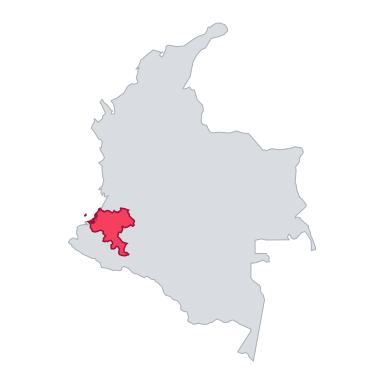 Cauca on a map of Colombia (Albers equal-area conic projection)
{"feature_id": "COL-1404", "entity_name": "Cauca", "entity_type": "Department", "adm_level": 1, "iso_a3": "COL", "parent_name": "Colombia", "parent_adm1": "", "projection": "albers", "projection_center": [-77.137, 2.145], "detail": "fine", "context": "in_parent", "style": "filled", "palette": "rose", "viewbox_px": 384, "rotation_deg": 0, "n_neighbors": 0, "source": "natural_earth", "source_scale": "10m", "svg_char_len": 9073}
<svg xmlns="http://www.w3.org/2000/svg" viewBox="0 0 384 384"><path d="M224.1,34.5L219.7,36.3L211.2,38.5L205.4,48.0L201.4,49.6L196.5,55.3L192.9,62.2L190.2,76.4L183.0,88.5L183.6,89.0L186.5,88.5L189.2,87.1L190.2,87.5L191.2,89.6L194.5,90.2L197.2,99.9L202.3,104.9L202.8,106.8L203.5,110.8L201.7,113.3L201.2,122.3L202.8,124.5L206.6,125.4L209.1,130.9L210.7,132.2L213.0,133.0L218.5,132.2L228.5,133.0L230.8,132.9L236.4,130.9L243.5,133.2L248.7,133.6L263.0,150.4L264.4,149.9L266.3,150.8L269.9,149.1L272.9,148.8L277.0,149.6L282.4,149.6L293.2,147.7L294.8,146.8L300.7,147.7L302.4,148.9L303.3,152.1L302.6,154.0L300.6,156.0L299.5,158.5L299.3,161.6L298.2,163.9L296.4,165.3L295.6,167.5L296.1,170.3L295.1,183.0L296.0,184.1L296.7,189.3L299.2,196.1L300.4,198.0L302.5,199.6L306.4,205.1L305.5,207.0L295.8,215.9L295.4,217.9L297.2,217.1L300.2,217.9L301.3,220.0L308.6,226.0L308.5,228.3L310.6,232.9L310.3,233.9L315.4,246.9L315.6,249.7L311.4,250.5L311.2,241.7L310.6,240.0L305.8,232.2L304.8,231.6L301.6,232.5L296.4,238.3L294.0,239.2L292.0,238.4L290.0,235.0L288.7,234.4L287.4,237.3L289.1,239.8L265.8,240.0L261.3,238.9L255.1,240.3L255.1,253.5L266.1,253.6L269.1,257.4L268.9,260.5L269.4,261.6L266.7,262.2L262.9,260.1L256.0,262.7L251.0,263.3L250.8,277.9L253.8,281.5L259.7,285.4L260.6,288.0L260.2,290.5L261.6,293.6L263.6,295.3L263.6,297.2L264.6,299.3L253.4,361.0L249.3,357.2L247.8,353.9L245.7,352.5L241.9,353.6L237.7,351.9L251.0,330.9L250.6,329.0L239.3,324.0L238.1,322.7L232.7,320.0L229.8,320.8L228.1,322.2L224.0,322.6L220.6,320.4L216.7,319.0L212.0,322.5L210.6,322.5L207.2,324.1L203.6,324.6L198.9,323.1L195.1,324.2L192.5,324.0L191.5,322.9L188.1,321.6L187.7,320.2L188.7,317.6L187.2,312.6L186.6,311.7L184.1,311.6L181.1,309.8L180.5,308.7L181.1,306.6L180.6,304.9L177.6,300.8L173.6,299.7L169.7,296.3L165.7,295.2L163.9,292.7L162.2,287.3L158.2,283.0L155.3,281.5L154.4,279.5L151.5,279.3L147.5,276.5L145.8,276.3L144.5,277.7L140.9,276.3L137.8,274.2L134.5,273.7L132.4,272.4L128.6,268.5L124.4,266.6L122.1,267.3L121.3,270.2L119.9,270.7L115.1,270.0L114.3,270.6L113.1,270.5L107.3,268.3L101.5,267.5L100.1,262.6L96.4,260.8L95.3,258.5L92.7,258.7L82.9,254.2L78.8,251.1L75.4,249.4L71.8,245.9L71.2,244.5L68.4,242.4L69.8,239.8L73.1,237.9L77.5,239.4L78.1,236.4L76.5,233.7L77.2,227.5L78.4,226.2L80.8,225.0L82.3,225.4L83.2,224.4L86.8,224.9L87.9,224.4L90.6,222.0L91.8,220.0L93.1,220.2L96.0,216.9L95.5,213.6L98.2,212.9L101.1,207.5L102.3,207.4L103.0,204.8L108.0,195.9L106.2,196.9L104.2,196.3L104.5,193.3L103.9,192.9L102.3,195.2L100.9,192.9L101.3,189.1L99.0,189.8L99.1,188.9L102.4,186.0L103.8,179.4L102.7,177.0L102.0,167.2L101.4,165.3L98.7,162.8L103.0,160.0L104.5,157.9L102.6,153.5L100.1,149.8L100.0,147.6L101.5,147.8L102.1,141.7L100.7,139.4L98.9,139.3L93.3,130.3L91.3,128.4L92.8,124.1L94.5,122.2L94.2,118.9L95.3,119.1L97.7,122.1L98.7,121.6L102.5,118.8L102.6,116.1L105.6,113.4L101.3,104.1L99.9,102.7L101.6,99.7L102.6,99.9L104.3,102.8L106.9,104.7L110.9,109.8L112.6,111.0L111.3,112.1L111.1,113.3L111.7,114.0L113.9,114.2L114.8,112.8L114.2,106.5L113.2,103.4L111.2,101.2L111.8,100.2L115.9,98.7L124.2,92.7L127.0,87.1L129.2,85.1L131.7,83.8L134.7,84.1L137.1,83.4L137.8,81.6L136.2,77.8L138.0,72.4L137.9,69.7L139.1,68.1L138.7,67.5L135.7,69.4L138.8,65.7L140.9,60.0L153.1,49.9L160.9,52.3L163.4,52.1L160.2,53.4L159.7,54.8L160.8,56.4L162.0,56.8L163.0,55.8L165.7,49.9L166.0,46.7L167.2,45.6L168.9,45.2L176.6,46.6L183.9,46.0L195.8,37.6L204.8,34.0L207.0,30.6L207.6,28.0L209.2,27.0L210.9,27.0L212.0,25.6L216.1,23.3L220.5,23.0L225.2,25.0L227.4,28.4L227.7,30.8L224.1,34.5ZM86.9,223.8L86.4,224.2L85.3,223.4L85.0,222.4L85.6,221.6L86.5,221.9L86.9,223.8Z" fill="#d9dde1" stroke="#a8b0b8" stroke-width="1"/><path d="M87.8,221.6L88.0,221.5L89.2,221.5L89.9,221.0L90.3,221.1L90.6,221.3L90.8,221.7L90.9,221.9L91.2,222.0L91.5,221.9L91.4,222.2L91.2,222.6L91.2,223.0L91.6,223.2L92.3,223.3L92.5,223.3L93.0,223.2L93.3,223.2L93.8,223.1L94.1,222.8L94.3,222.4L94.3,222.0L94.2,221.8L94.0,221.4L93.7,221.1L93.4,221.1L93.4,220.9L93.8,220.9L93.5,220.7L93.4,220.6L93.4,220.4L93.5,220.2L93.3,220.2L93.2,220.0L93.2,219.9L93.4,219.7L93.2,219.6L93.1,219.3L93.4,219.4L93.7,219.3L94.0,219.1L94.3,219.0L94.6,218.9L94.6,218.7L94.4,218.7L94.1,218.8L93.9,218.8L93.6,218.6L93.9,218.3L94.0,218.2L94.5,218.3L94.9,218.3L95.2,218.3L95.4,218.6L95.6,218.7L95.4,218.3L94.6,218.1L94.9,217.7L95.2,217.5L95.5,217.5L95.8,217.4L96.0,217.2L96.4,217.3L96.5,217.4L96.5,217.6L96.7,217.1L96.2,217.0L95.6,217.1L95.2,217.3L95.1,217.0L95.0,216.5L95.2,216.1L95.4,215.9L95.7,215.9L95.9,216.1L96.1,216.3L96.3,216.5L96.5,216.5L96.6,216.4L96.7,216.2L97.0,215.9L97.0,215.6L96.9,215.5L96.6,215.4L96.6,215.2L96.8,214.9L96.8,214.6L96.7,214.6L96.4,214.5L96.3,214.4L96.2,214.5L96.3,214.6L96.1,214.8L95.8,214.8L95.7,214.7L95.1,215.0L94.9,215.1L94.9,214.8L95.7,213.9L96.1,213.3L96.4,213.0L98.0,211.6L98.6,210.4L98.9,210.4L99.3,210.5L99.4,209.9L99.5,209.9L99.7,210.0L99.8,209.8L99.7,209.6L99.4,209.5L99.1,209.6L98.6,209.6L98.6,209.4L98.8,209.1L99.3,208.7L99.7,208.5L100.1,208.3L101.1,209.2L101.4,209.7L101.6,209.9L101.7,210.1L101.7,210.4L101.8,210.6L102.0,211.0L102.5,211.1L102.9,210.9L103.1,210.9L103.6,211.1L103.5,211.3L103.7,211.5L103.8,211.5L104.0,211.6L104.3,211.9L104.5,211.9L104.6,212.0L104.8,211.9L105.8,211.0L106.1,211.0L106.6,210.8L107.0,210.6L107.4,210.6L108.3,210.7L109.3,211.0L109.8,211.4L109.9,211.6L110.1,211.7L111.3,212.3L111.9,212.5L112.2,212.6L112.6,212.5L112.8,212.5L113.1,212.3L113.4,211.9L114.1,210.7L114.3,211.0L115.4,211.7L115.9,212.1L116.2,212.3L116.5,212.3L116.7,212.2L116.9,211.9L117.1,211.9L117.2,212.2L117.4,212.4L117.5,212.5L117.7,212.4L117.9,212.0L118.2,211.9L118.3,212.0L118.7,212.2L119.0,211.9L119.1,211.7L119.3,211.3L119.4,211.1L119.7,211.0L120.2,210.9L120.4,210.8L120.6,210.6L120.8,210.3L120.9,210.0L120.9,209.3L120.8,209.1L120.6,208.8L120.5,208.6L121.0,208.0L121.8,208.4L122.7,208.5L124.7,208.7L125.3,208.9L126.0,209.4L126.3,209.5L127.6,209.8L128.4,210.1L128.0,210.3L128.0,210.8L128.0,211.1L127.9,211.7L127.7,211.9L127.6,212.1L127.6,212.5L128.0,212.8L128.3,213.0L128.6,213.3L129.0,213.7L129.3,214.5L129.3,215.9L129.4,216.2L132.1,218.6L132.6,219.2L132.9,219.4L133.2,219.6L133.6,219.8L133.9,220.1L134.1,220.7L134.4,221.2L133.9,222.6L133.6,223.4L133.5,224.0L134.1,225.1L133.6,225.4L133.3,225.7L133.1,226.1L132.4,226.1L132.0,225.9L131.3,225.3L130.6,224.8L130.3,224.9L129.8,225.5L129.4,225.9L128.9,226.2L127.4,227.0L126.8,227.2L125.2,227.6L124.7,227.6L124.3,227.6L123.2,226.7L122.8,226.4L122.2,226.3L121.9,227.3L122.7,229.0L122.7,229.3L122.5,229.5L122.1,230.5L121.9,231.0L121.6,231.1L121.4,231.5L121.4,231.8L121.4,232.1L121.2,232.3L121.0,232.5L120.7,232.5L120.3,232.4L119.9,232.4L119.6,232.4L119.4,232.3L119.0,232.2L118.7,232.3L118.4,232.8L118.4,233.7L118.5,234.3L118.4,234.5L117.9,235.0L117.7,235.4L117.7,235.7L117.8,236.5L118.2,237.3L119.7,238.4L120.7,239.8L121.6,241.2L122.2,241.8L122.9,242.2L124.4,242.6L124.7,242.8L125.5,243.1L126.2,243.1L127.0,243.5L126.6,243.7L125.3,245.7L124.8,246.7L124.7,247.4L124.6,247.7L124.2,248.2L124.1,248.5L123.9,251.2L123.9,251.4L124.2,251.9L124.4,252.2L124.8,252.4L125.7,252.5L126.5,252.4L126.7,252.5L128.7,254.3L128.5,254.5L128.4,254.7L128.2,254.9L127.8,255.0L127.2,255.0L126.9,255.0L126.6,255.2L126.0,255.6L125.7,255.7L122.8,255.6L122.2,255.5L121.4,255.1L119.9,254.7L119.5,254.4L119.0,253.6L118.8,252.8L118.9,251.0L119.0,250.6L119.4,249.9L119.4,249.6L119.4,249.3L119.3,249.0L119.1,248.5L118.7,248.1L118.7,247.9L118.3,247.3L118.0,246.9L117.3,246.6L117.0,246.4L116.6,246.3L116.3,246.3L115.2,248.0L114.8,248.5L114.2,248.8L113.7,248.9L112.1,248.8L111.4,248.8L111.3,248.0L111.1,247.0L111.0,245.3L111.1,244.9L112.1,244.3L112.3,244.1L112.6,243.8L112.7,243.6L112.8,243.0L112.7,242.8L112.7,242.6L112.4,242.4L111.1,240.5L111.0,240.4L110.8,240.4L110.2,240.6L109.3,240.7L108.7,240.8L108.2,241.3L107.9,241.5L107.6,241.6L107.3,241.6L107.0,241.5L106.6,241.2L106.2,241.3L105.9,241.3L104.8,241.7L104.4,241.5L104.2,241.5L103.0,241.1L103.5,239.9L103.6,239.3L103.5,239.0L103.5,238.7L103.8,237.8L104.6,237.1L104.7,236.8L104.8,236.5L104.9,236.4L105.2,236.3L105.5,235.6L105.2,235.1L104.9,234.9L104.3,234.6L103.1,233.7L102.9,233.4L103.1,232.8L103.4,232.3L103.5,231.7L103.2,231.3L101.4,230.5L101.0,230.4L100.8,230.3L100.5,230.3L100.3,230.3L99.8,230.4L99.5,230.6L99.1,230.8L98.5,230.9L98.0,231.0L97.5,231.4L96.9,231.6L96.3,231.6L95.3,231.9L94.9,231.9L94.5,231.9L93.7,231.6L93.1,231.5L92.5,231.2L92.3,231.0L92.2,230.8L92.2,230.2L90.6,227.9L90.3,227.0L90.3,226.8L90.3,226.7L90.6,225.8L90.6,225.5L90.6,225.3L90.6,225.1L90.4,224.4L90.3,223.9L90.2,223.5L89.6,222.9L87.8,221.6ZM93.2,221.3L94.0,221.9L94.3,222.2L94.2,222.5L93.8,222.6L93.3,222.3L92.4,221.6L91.8,220.9L91.7,220.6L91.6,220.4L91.6,220.2L91.9,220.3L92.1,220.4L92.2,220.2L92.4,220.1L92.9,220.6L93.0,220.8L93.1,221.2L93.2,221.3ZM91.2,220.6L91.5,220.8L92.3,221.8L92.6,222.1L93.3,222.5L93.6,222.7L93.2,223.0L92.5,223.1L91.9,222.9L91.5,222.7L91.5,222.4L92.0,222.0L92.0,221.8L91.7,221.7L91.3,221.6L91.0,221.4L90.9,221.0L91.0,220.6L91.2,220.6ZM85.5,214.6L85.8,214.4L85.9,214.7L85.9,215.3L85.6,215.6L85.3,215.8L85.0,215.9L84.8,215.8L84.8,215.6L85.1,215.6L85.3,214.9L85.5,214.6Z" fill="#f43f5e" stroke="#9f1239" stroke-width="1.5"/></svg>